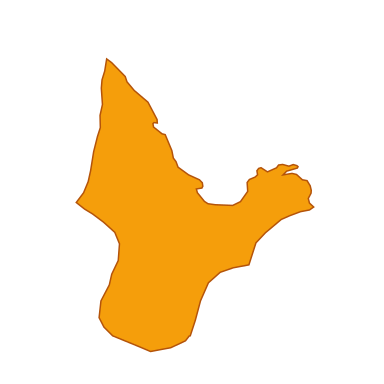 the district of Riwon, Hamgyŏng-namdo, North Korea, rotated 258°
{"feature_id": "82179303B95293101027847", "entity_name": "Riwon", "entity_type": "district", "adm_level": 2, "iso_a3": "PRK", "parent_name": "North Korea", "parent_adm1": "Hamgyŏng-namdo", "projection": "orthographic", "projection_center": [128.649, 40.322], "detail": "fine", "context": "isolated", "style": "filled", "palette": "amber", "viewbox_px": 384, "rotation_deg": 258, "n_neighbors": 0, "source": "geoboundaries", "source_scale": "gbopen_adm2", "svg_char_len": 1415}
<svg xmlns="http://www.w3.org/2000/svg" viewBox="0 0 384 384"><g transform="rotate(258 192 192)"><path d="M152.0,307.9L156.7,304.6L161.5,304.4L166.1,308.2L168.8,309.0L173.5,308.9L179.2,306.9L181.0,302.5L187.4,297.9L189.4,293.7L189.8,284.6L192.7,288.9L193.5,300.0L194.7,301.0L196.0,300.1L197.8,296.7L197.2,292.8L197.1,292.2L200.1,286.4L200.4,282.3L198.1,279.7L196.0,270.0L201.4,264.6L201.2,262.1L199.3,259.9L195.2,259.7L193.5,256.9L192.3,250.7L189.8,247.9L181.0,246.6L172.5,237.4L170.4,229.0L174.7,212.1L177.2,205.2L180.2,202.2L190.2,197.1L194.1,196.9L193.8,202.5L195.4,203.8L198.9,204.0L202.4,201.8L209.5,192.2L219.2,183.5L224.9,182.7L229.1,180.8L236.7,180.9L253.7,177.7L255.2,174.7L263.5,167.9L267.0,168.0L267.8,169.2L266.7,172.4L270.2,172.9L289.0,167.6L303.3,156.6L313.3,151.3L318.8,150.7L335.1,140.4L337.1,138.7L339.9,136.2L334.5,134.1L328.5,131.8L320.4,127.3L312.4,124.9L296.2,122.6L286.1,118.0L274.0,115.7L266.0,111.1L251.9,104.2L233.8,97.2L223.7,92.6L213.8,85.8L205.8,76.6L197.6,83.4L191.3,90.1L181.0,99.1L168.6,108.1L156.4,110.3L140.3,105.6L128.3,96.4L118.3,91.8L104.4,80.3L88.4,75.0L86.2,75.6L78.1,77.8L67.8,84.5L50.9,109.3L44.6,118.3L44.4,127.4L44.1,138.8L47.8,154.7L51.7,159.3L51.7,160.4L65.7,168.5L83.8,177.7L99.8,189.2L107.6,202.9L109.3,216.6L108.9,232.5L129.0,244.0L136.9,255.4L146.6,273.6L148.5,282.7L150.2,294.1L150.0,303.2L152.0,307.9Z" fill="#f59e0b" stroke="#b45309" stroke-width="1.5"/></g></svg>